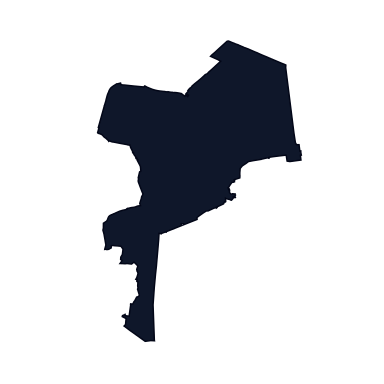 Nijkerk, Gelderland, Netherlands, rotated 99°
{"feature_id": "6326949B35923239833945", "entity_name": "Nijkerk", "entity_type": "district", "adm_level": 2, "iso_a3": "NLD", "parent_name": "Netherlands", "parent_adm1": "Gelderland", "projection": "albers", "projection_center": [5.5, 52.215], "detail": "fine", "context": "isolated", "style": "filled", "palette": "ink", "viewbox_px": 384, "rotation_deg": 99, "n_neighbors": 0, "source": "geoboundaries", "source_scale": "gbopen_adm2", "svg_char_len": 5714}
<svg xmlns="http://www.w3.org/2000/svg" viewBox="0 0 384 384"><g transform="rotate(99 192 192)"><path d="M51.9,119.2L50.1,126.6L49.5,129.0L48.5,133.1L48.3,133.7L48.2,134.4L47.8,135.7L47.5,137.1L47.0,138.9L46.0,143.2L45.8,143.9L45.7,144.4L45.4,145.5L45.0,147.1L44.2,149.8L44.1,150.5L43.1,154.5L42.2,157.9L41.8,159.4L41.7,160.2L41.4,161.4L41.1,163.4L40.7,164.4L40.4,165.9L40.0,167.3L39.9,168.0L39.4,169.4L38.9,172.5L38.7,173.0L38.5,173.8L38.2,175.4L37.3,179.0L37.2,179.8L37.6,180.8L37.7,181.0L45.9,187.6L50.6,191.3L53.5,193.8L55.1,194.9L56.2,190.9L57.1,187.5L58.3,184.1L67.9,191.7L71.0,194.3L72.8,195.4L74.0,197.3L75.5,198.4L79.2,201.4L83.8,205.5L85.0,206.6L86.4,207.6L86.5,207.9L86.7,208.1L87.5,208.6L88.0,208.7L89.8,210.0L89.7,210.2L90.3,210.6L91.2,211.3L91.3,211.2L92.5,211.9L92.8,211.3L96.1,213.4L96.3,212.4L96.9,210.5L97.8,210.8L98.4,211.1L98.2,211.5L98.3,211.6L97.3,213.3L98.6,214.0L98.2,214.6L98.3,214.7L97.6,215.8L96.6,217.6L96.5,218.2L96.7,218.4L96.6,218.5L96.4,218.4L96.3,220.0L96.3,221.4L96.3,223.1L96.4,224.3L96.5,224.3L96.6,225.3L96.7,226.2L96.7,226.7L96.6,226.8L96.8,228.7L96.7,231.5L97.0,231.9L97.1,234.4L97.0,234.5L97.0,234.9L97.1,235.5L97.3,239.7L97.3,241.7L97.2,243.8L97.1,244.9L96.8,247.2L96.2,249.9L95.6,252.3L95.6,252.5L94.6,255.2L95.1,255.6L95.6,255.5L96.1,255.8L95.8,256.2L96.5,267.0L96.9,275.1L97.1,277.2L97.1,278.5L97.2,279.0L96.2,279.3L95.6,279.6L96.3,281.3L96.4,281.5L96.5,281.5L96.8,282.5L96.9,283.2L99.6,286.3L100.8,287.5L101.6,288.2L102.5,288.8L103.9,289.4L105.5,289.9L105.8,289.8L107.7,290.4L109.6,290.8L114.4,291.3L115.2,291.3L120.3,292.0L120.8,292.2L121.1,292.1L142.9,294.6L142.9,293.9L148.2,294.5L148.5,294.2L148.7,293.5L148.9,292.7L148.9,292.3L148.8,291.7L149.1,291.3L149.2,290.8L149.2,290.6L149.4,290.0L149.7,289.7L149.9,289.3L150.5,288.5L151.1,287.9L151.4,287.4L152.0,286.3L152.3,285.7L152.3,285.2L152.9,284.8L153.2,284.2L154.2,282.8L154.5,282.5L155.0,282.1L154.8,281.9L154.4,281.7L154.4,281.3L154.8,280.0L155.0,278.7L155.0,278.0L154.9,277.4L155.0,276.9L155.0,276.5L155.0,276.1L155.0,275.8L155.2,270.7L155.4,261.4L155.5,261.5L155.5,260.7L156.4,260.1L157.6,259.6L159.2,258.5L159.2,258.4L161.8,256.7L162.0,256.7L162.1,256.8L162.4,256.6L162.1,256.3L162.3,256.0L162.5,256.2L164.4,254.9L166.8,252.3L167.2,252.8L168.0,252.1L168.1,251.8L167.8,251.4L168.8,250.5L169.3,251.0L173.6,247.8L175.0,246.9L179.3,245.8L179.8,246.3L180.3,246.9L186.1,247.3L186.0,246.9L189.5,246.9L190.6,246.5L193.2,245.0L193.6,244.8L193.8,244.7L195.7,243.6L199.7,241.3L201.0,240.5L201.1,240.3L201.2,240.1L201.6,240.2L202.3,240.2L202.6,240.3L204.5,241.0L207.1,241.1L207.8,241.3L211.4,241.8L211.7,241.7L213.5,240.7L214.2,243.0L214.5,243.8L215.7,245.7L215.8,246.1L216.1,246.7L216.8,249.2L217.2,250.3L218.2,252.6L218.1,252.8L218.6,253.6L219.0,253.4L219.7,254.6L220.2,255.7L220.9,257.6L222.3,260.5L224.7,264.2L224.9,264.5L225.6,265.4L225.7,265.8L227.0,267.7L227.1,268.1L227.5,268.5L227.8,269.0L228.2,269.5L228.7,269.9L229.2,270.3L229.7,270.5L230.3,270.7L233.1,271.3L233.7,271.6L234.4,272.0L234.6,272.3L235.9,273.7L236.7,274.6L240.8,274.0L241.4,273.9L243.5,274.0L243.9,273.9L246.2,272.8L247.4,272.3L252.4,270.6L252.8,270.4L253.3,270.3L257.7,268.8L258.3,268.8L261.8,269.2L262.3,269.2L262.0,268.4L262.2,267.7L262.1,266.7L261.7,265.5L261.4,265.0L260.4,263.8L259.9,263.1L257.6,263.3L257.1,261.1L257.2,260.9L257.2,260.6L257.2,260.4L256.9,257.3L256.7,253.7L259.2,251.2L264.6,251.0L267.4,252.1L268.1,252.1L269.9,251.9L270.5,250.2L273.9,251.9L273.6,249.6L273.3,246.7L272.8,245.0L272.6,240.4L272.4,240.2L270.3,238.3L273.5,233.9L277.1,234.5L279.1,233.7L279.2,233.4L280.6,232.6L283.7,232.8L283.8,233.0L284.7,233.0L287.0,233.8L287.0,233.6L286.7,233.1L286.7,232.8L286.8,232.4L287.1,232.4L288.5,232.6L288.8,232.5L289.0,232.4L289.2,231.4L290.7,231.2L291.7,231.1L293.0,231.0L293.8,230.8L294.8,230.4L295.8,230.4L296.5,230.6L297.0,230.3L298.9,229.4L301.1,228.3L302.2,227.9L302.5,227.9L303.3,228.4L304.1,229.3L304.5,230.3L304.9,230.4L305.0,230.3L306.5,230.9L307.7,231.3L308.4,231.5L309.0,231.9L309.2,232.1L312.0,233.0L312.1,235.1L312.4,235.1L312.4,234.9L312.9,234.9L324.5,234.7L324.6,238.3L323.4,239.0L323.8,239.3L324.5,240.7L324.9,241.1L325.0,241.3L326.0,241.4L327.3,237.3L333.3,236.9L335.0,238.1L338.5,231.5L346.8,214.9L345.9,211.8L345.2,209.5L344.8,205.8L344.3,206.0L309.6,212.8L292.4,214.3L278.6,215.2L270.4,215.6L266.5,215.9L253.5,216.8L244.1,217.5L238.0,218.1L238.1,215.8L237.7,215.7L235.8,212.3L235.7,211.2L235.2,211.2L226.9,197.2L226.9,197.4L225.0,197.7L224.7,195.5L225.8,195.4L218.3,182.7L216.4,183.1L214.2,181.0L210.6,177.3L208.5,174.9L208.4,174.6L208.2,173.2L204.8,168.2L203.5,165.9L204.1,165.5L203.4,164.8L202.9,165.1L198.8,159.0L196.4,158.3L196.6,157.4L196.2,157.2L193.0,157.9L193.1,157.7L193.3,156.0L193.4,155.5L193.5,153.5L193.9,152.4L194.0,151.9L193.9,151.7L192.8,151.0L191.9,150.4L191.5,150.4L190.4,150.5L190.9,148.7L190.6,148.3L189.3,149.0L188.3,148.6L188.2,148.8L187.1,149.2L187.4,150.2L187.3,151.3L187.4,151.8L187.9,152.2L188.0,152.3L187.8,153.3L187.2,154.4L186.6,154.8L186.4,154.8L186.1,155.1L185.8,155.1L185.2,155.0L184.5,155.1L183.7,155.4L183.3,155.6L183.9,156.2L182.2,157.0L182.1,156.7L180.0,155.9L176.2,154.1L176.1,153.4L176.0,153.0L175.5,152.1L175.3,151.7L174.6,152.0L174.4,151.7L173.8,151.7L173.2,152.2L170.6,147.0L169.6,147.1L168.5,147.2L167.4,147.5L165.4,147.8L161.2,148.1L158.8,146.7L158.2,146.3L155.3,143.1L153.1,141.0L151.5,136.6L150.9,134.8L148.9,128.7L148.7,128.5L146.5,123.0L146.4,122.3L146.6,121.9L146.6,121.3L145.8,121.5L145.6,121.1L144.6,118.0L143.2,113.2L140.9,105.0L141.0,104.7L146.6,102.9L146.6,100.1L143.4,89.4L138.8,90.7L138.5,89.8L136.3,90.6L134.4,91.0L134.7,91.9L128.5,93.7L128.9,96.2L127.1,97.6L118.0,100.5L54.6,118.9L51.9,119.2Z" fill="#0f172a" stroke="#020617" stroke-width="1.5"/></g></svg>